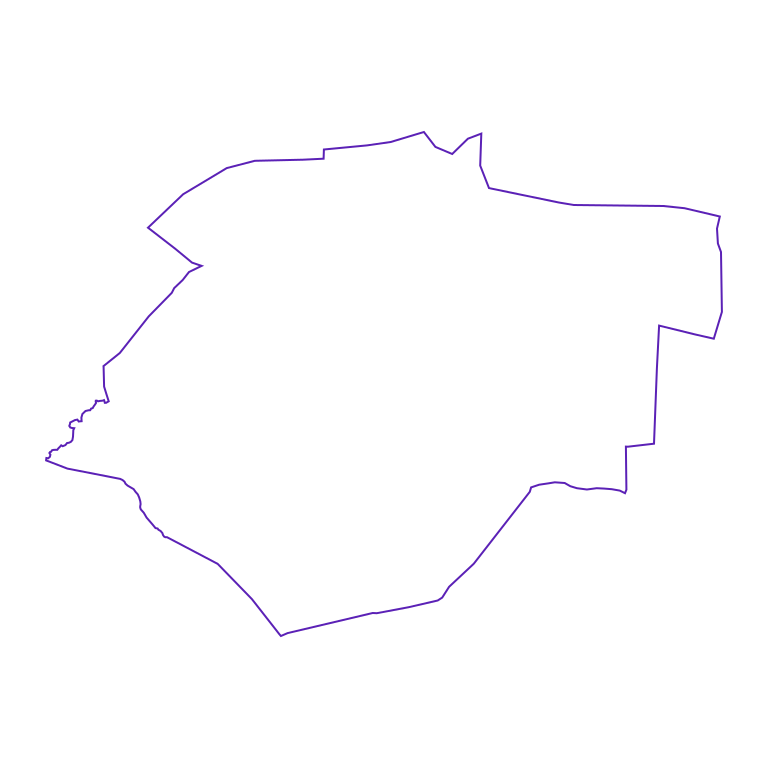 the district of Silame, Sokoto, Nigeria
{"feature_id": "59680162B89701706643364", "entity_name": "Silame", "entity_type": "district", "adm_level": 2, "iso_a3": "NGA", "parent_name": "Nigeria", "parent_adm1": "Sokoto", "projection": "orthographic", "projection_center": [4.756, 12.99], "detail": "fine", "context": "isolated", "style": "outline", "palette": "violet", "viewbox_px": 768, "rotation_deg": 0, "n_neighbors": 0, "source": "geoboundaries", "source_scale": "gbopen_adm2", "svg_char_len": 2087}
<svg xmlns="http://www.w3.org/2000/svg" viewBox="0 0 768 768"><path d="M280.9,636.0L281.4,635.8L287.6,633.1L288.0,633.0L372.7,613.0L376.8,613.2L408.7,607.2L437.7,600.5L442.2,597.6L449.1,586.8L473.8,563.7L529.8,491.8L531.1,487.4L539.2,484.7L548.1,483.4L554.8,482.3L564.7,483.0L570.3,486.2L576.9,488.2L586.9,489.5L596.7,488.2L604.5,488.6L611.8,489.2L619.8,490.6L625.0,493.2L626.4,489.7L625.9,446.6L627.9,446.7L654.0,443.7L656.9,368.3L659.1,325.6L694.9,334.4L713.8,338.7L721.9,311.9L721.0,252.0L717.9,243.5L717.0,228.6L719.8,216.5L684.5,208.2L663.3,206.0L573.8,205.0L558.8,202.5L489.0,188.1L480.2,165.6L481.3,133.6L467.9,138.7L452.2,154.0L435.4,146.9L423.9,132.0L390.7,142.0L367.0,145.4L323.9,149.5L323.6,158.7L303.0,159.7L254.8,160.8L226.7,168.1L183.2,194.2L148.0,227.7L175.4,248.9L192.0,262.6L201.6,265.9L198.7,267.3L189.0,272.0L182.7,280.0L174.2,288.1L171.8,292.8L148.8,316.3L119.8,353.0L103.5,366.1L103.6,367.3L104.1,386.6L106.5,394.4L108.7,401.3L106.1,402.8L104.8,402.8L104.5,401.4L104.0,400.1L102.9,400.6L101.4,400.8L100.0,400.9L98.0,401.3L96.8,400.6L95.8,400.7L95.7,401.6L96.0,402.8L96.0,403.0L95.1,404.4L93.7,406.3L92.7,408.1L91.1,408.6L90.2,410.2L88.5,410.3L85.5,411.0L82.4,414.0L81.4,417.6L81.6,421.2L80.4,421.3L80.2,421.3L78.7,421.5L77.4,419.6L74.9,420.1L72.2,421.5L70.2,422.5L70.0,424.0L69.3,425.9L70.3,427.5L72.0,428.0L74.2,428.2L73.3,430.2L73.2,432.9L73.0,436.7L72.4,440.1L71.5,441.1L70.8,441.9L68.8,442.8L67.1,443.0L65.4,445.1L62.7,446.2L61.2,445.3L60.0,446.7L58.3,448.4L57.3,449.8L55.2,449.8L53.6,449.9L52.1,450.2L51.0,451.8L50.1,452.0L49.4,453.0L50.4,454.7L49.9,456.8L49.1,457.5L48.2,458.3L46.4,458.0L46.1,460.2L46.1,460.4L67.4,468.6L120.2,478.9L121.2,479.4L122.5,480.0L124.5,481.7L125.5,483.7L127.6,485.6L133.6,489.1L135.5,491.8L137.8,494.4L139.2,497.6L140.3,501.4L140.6,504.1L140.2,506.3L140.2,507.6L140.8,509.4L143.8,512.8L146.6,517.6L150.4,522.0L152.8,524.8L155.5,528.1L157.6,528.5L158.4,529.7L160.6,531.0L162.4,533.1L163.0,535.0L164.1,536.6L165.3,537.2L167.0,537.2L217.7,563.9L251.9,599.1L279.2,634.0L280.9,636.0Z" fill="none" stroke="#5b21b6" stroke-width="2"/></svg>